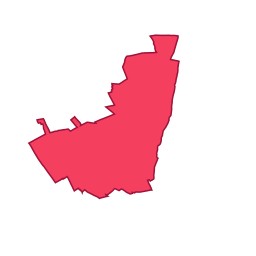 the district of Predesti, Dolj, Romania, rotated 57°
{"feature_id": "2599482B93279988577688", "entity_name": "Predesti", "entity_type": "district", "adm_level": 2, "iso_a3": "ROU", "parent_name": "Romania", "parent_adm1": "Dolj", "projection": "equal_earth", "projection_center": [23.59, 44.374], "detail": "fine", "context": "isolated", "style": "filled", "palette": "rose", "viewbox_px": 256, "rotation_deg": 57, "n_neighbors": 0, "source": "geoboundaries", "source_scale": "gbopen_adm2", "svg_char_len": 5549}
<svg xmlns="http://www.w3.org/2000/svg" viewBox="0 0 256 256"><g transform="rotate(57 128 128)"><path d="M113.2,219.8L113.3,219.7L114.4,219.5L122.3,219.2L127.1,218.9L132.7,218.7L134.3,218.7L134.8,212.9L134.6,210.5L135.3,210.5L135.3,209.4L135.6,209.5L135.6,205.4L136.9,205.5L138.0,205.6L142.9,206.2L144.1,206.4L145.2,206.5L145.8,206.6L146.4,206.6L147.4,206.8L149.8,207.1L151.5,207.3L151.5,202.5L152.0,202.5L152.5,202.4L153.3,202.4L153.5,201.7L154.8,201.8L154.9,201.5L155.2,201.4L156.3,201.4L157.3,201.6L156.8,201.0L156.7,200.8L156.6,200.6L156.5,199.8L156.4,198.6L156.2,198.0L156.5,197.9L156.9,197.7L158.4,197.3L159.1,197.1L159.9,196.7L162.6,195.1L163.4,194.6L166.0,193.2L168.4,191.6L170.1,190.7L171.5,190.3L171.5,190.0L172.4,187.2L172.8,186.0L173.8,183.2L174.2,182.1L173.8,182.3L173.2,182.6L172.7,182.9L172.3,183.0L172.0,183.0L171.6,182.9L171.8,182.7L172.3,182.6L172.6,182.5L172.6,182.1L172.8,181.8L172.8,181.3L172.8,180.6L172.7,180.0L172.7,179.0L172.5,176.9L172.2,174.7L171.8,173.4L171.6,172.1L173.1,171.1L173.8,170.7L175.5,169.6L175.7,169.4L175.5,167.4L175.6,166.9L175.7,166.7L176.0,166.5L176.5,166.1L176.9,165.9L178.3,165.3L178.5,165.1L179.0,165.0L180.1,164.6L180.6,164.4L181.7,163.9L182.0,163.7L182.4,163.5L182.8,163.1L183.3,162.8L183.9,162.5L184.3,162.3L184.5,161.9L184.8,161.4L185.0,160.8L185.2,160.0L185.2,159.9L184.3,159.6L184.2,159.5L186.0,157.9L186.0,157.3L186.0,157.2L185.9,157.1L185.7,156.7L188.3,152.8L191.2,145.8L192.1,143.5L192.6,142.3L193.0,141.9L192.4,141.7L191.7,141.5L191.2,141.4L188.9,141.0L188.1,140.9L186.7,140.8L185.6,140.7L183.6,140.2L182.5,140.0L183.1,138.3L184.6,138.3L184.6,138.0L184.6,137.1L184.8,136.1L184.7,134.0L183.9,133.4L182.5,132.6L181.9,132.3L178.1,129.2L175.6,127.4L175.0,126.9L173.9,125.2L173.3,124.5L170.9,121.0L170.3,120.4L170.1,120.0L169.7,119.3L168.7,119.7L168.0,119.7L166.9,118.9L166.0,118.3L165.2,117.9L164.6,117.6L163.3,116.1L162.6,115.3L161.9,114.7L160.6,114.0L160.0,113.5L159.4,112.7L159.1,112.2L159.1,111.9L159.3,111.2L159.2,110.6L159.0,109.8L158.5,109.0L158.1,108.6L157.5,107.9L157.3,107.6L156.8,107.2L155.1,105.9L154.4,105.5L153.7,104.4L153.3,103.7L153.1,103.3L152.6,102.9L151.8,102.2L150.3,100.8L149.7,100.2L149.2,99.2L148.3,97.0L147.9,95.9L147.4,94.9L146.8,94.0L146.3,92.9L145.2,91.2L144.4,90.2L143.6,89.1L142.9,89.0L142.6,88.7L142.0,88.0L141.5,87.4L141.1,85.8L140.8,85.3L140.5,84.9L139.5,84.0L137.9,82.7L136.5,81.5L135.0,80.5L133.2,79.4L132.0,78.3L130.7,77.1L129.0,76.0L127.3,74.4L125.8,73.0L123.3,70.2L121.9,68.7L119.7,66.8L118.9,66.1L118.4,66.0L117.4,65.5L116.8,64.8L116.3,63.9L115.9,63.4L114.5,62.1L113.8,61.5L113.1,60.9L111.6,59.2L109.4,57.1L108.6,56.2L108.0,55.7L107.0,54.9L105.9,54.2L104.3,53.1L103.0,51.8L102.7,51.7L102.3,51.2L101.9,50.9L101.2,50.2L100.1,49.2L99.9,48.9L98.5,50.0L98.0,50.7L96.6,52.0L96.0,52.6L95.7,53.1L95.2,53.4L94.7,54.1L94.3,54.4L93.7,55.1L92.8,54.0L91.7,52.4L89.6,48.5L85.7,44.1L79.9,37.3L78.9,36.4L78.0,35.9L76.2,38.0L75.0,39.6L74.7,40.2L74.1,41.1L73.3,42.2L72.7,43.0L72.2,43.7L71.6,44.7L69.3,48.3L68.6,49.4L65.0,54.6L63.9,57.3L63.3,58.4L63.0,59.4L63.5,59.3L64.5,59.3L65.5,59.3L66.8,59.2L67.3,59.3L67.9,59.1L68.3,59.2L68.5,59.4L69.7,59.6L70.5,59.9L70.6,60.1L70.9,60.5L71.6,60.7L72.7,60.8L73.9,61.0L74.8,61.4L75.3,61.6L75.5,61.8L75.9,62.1L76.4,62.1L76.5,62.3L77.6,62.7L78.2,62.8L78.9,62.9L79.5,62.9L79.9,62.9L80.1,62.9L80.0,63.3L79.4,64.1L79.1,64.8L79.0,65.1L78.4,66.0L78.2,66.5L77.4,67.6L77.1,68.2L76.3,69.6L76.1,69.9L75.6,70.7L74.1,73.1L73.3,74.7L72.9,75.2L72.6,76.1L72.5,76.3L72.2,77.2L72.0,77.9L70.9,81.0L69.3,85.3L68.5,87.3L68.0,88.2L67.2,89.9L67.3,90.0L67.3,90.4L67.9,91.7L68.3,92.3L68.8,93.1L69.1,93.4L70.4,94.5L71.1,95.2L72.5,97.2L73.3,98.3L73.4,98.7L73.6,98.9L73.7,99.0L74.0,99.2L74.5,99.4L79.9,100.5L81.1,100.7L82.3,101.0L82.7,101.0L83.2,101.2L83.7,101.2L85.6,101.7L86.4,101.8L86.3,105.2L86.4,109.1L86.3,111.6L84.9,113.5L84.1,114.7L83.1,115.9L82.0,117.3L82.8,117.7L82.9,117.8L83.1,117.8L83.3,117.8L83.3,118.0L83.5,118.1L83.9,117.9L83.9,118.0L84.1,118.1L84.3,118.1L84.7,118.4L84.8,118.5L84.8,118.9L84.7,119.1L84.8,119.2L85.1,119.1L85.3,119.1L85.5,119.0L85.8,119.4L86.0,119.5L86.5,119.3L86.7,119.5L86.9,119.8L87.0,120.2L86.9,120.5L86.9,120.8L87.9,121.1L88.2,121.5L88.1,121.9L88.2,122.0L88.4,122.1L88.7,122.1L88.9,122.3L88.9,122.5L88.7,123.0L88.6,123.4L88.5,123.6L88.4,123.9L88.5,124.1L88.4,124.3L88.6,124.9L88.4,125.1L88.1,125.1L87.8,125.2L87.8,125.4L91.9,126.0L93.5,126.1L101.5,126.8L100.7,129.0L99.3,132.5L98.3,135.1L106.6,132.4L108.9,131.8L108.7,132.9L108.5,134.2L108.3,135.3L108.0,137.1L107.2,141.0L106.8,143.0L106.0,146.6L105.4,150.4L105.0,152.4L106.5,152.3L105.7,153.5L104.3,155.3L102.5,157.2L100.9,159.2L100.5,163.2L100.4,164.0L100.1,166.3L99.9,166.0L99.2,165.6L98.8,165.5L98.2,165.4L97.4,165.4L91.8,166.4L91.3,166.5L89.5,166.6L89.7,167.8L90.1,171.5L96.3,170.8L98.4,170.5L99.5,170.4L99.8,170.3L99.5,173.4L99.3,178.0L96.3,178.7L95.4,180.8L94.0,183.7L93.4,185.2L92.3,187.5L92.0,188.2L92.1,188.6L92.1,188.9L91.9,189.3L91.6,190.0L91.1,190.7L90.8,191.7L90.5,192.8L90.2,194.1L89.9,194.6L89.8,194.9L89.6,195.6L89.5,195.9L89.4,196.0L86.3,195.4L84.8,195.2L82.5,195.1L81.4,195.0L79.6,194.8L77.0,194.3L74.7,193.9L74.1,194.0L73.1,196.3L71.6,199.8L72.1,200.0L72.8,200.3L73.7,200.4L75.1,200.5L75.7,199.2L75.9,198.6L76.7,198.7L77.7,198.9L78.1,197.4L79.0,197.5L79.5,197.6L80.4,198.0L82.5,199.1L82.8,199.2L83.7,199.3L85.0,199.6L87.5,200.3L88.0,200.5L88.3,200.7L88.1,201.7L87.9,204.3L87.3,211.4L87.1,214.6L86.9,217.0L86.7,219.4L87.2,219.3L90.1,219.3L94.0,219.6L98.8,219.9L105.4,220.1L110.6,219.9L113.2,219.8Z" fill="#f43f5e" stroke="#9f1239" stroke-width="1.5"/></g></svg>